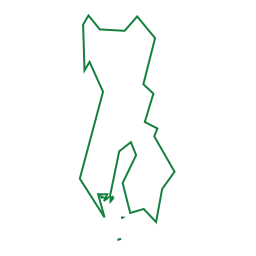 an SVG outline of Leningrad, rotated 271°
{"feature_id": "RUS-2336", "entity_name": "Leningrad", "entity_type": "Region", "adm_level": 1, "iso_a3": "RUS", "parent_name": "Russia", "parent_adm1": "", "projection": "natural_earth1", "projection_center": [31.635, 59.881], "detail": "coarse", "context": "isolated", "style": "outline", "palette": "green", "viewbox_px": 256, "rotation_deg": 271, "n_neighbors": 0, "source": "natural_earth", "source_scale": "10m", "svg_char_len": 731}
<svg xmlns="http://www.w3.org/2000/svg" viewBox="0 0 256 256"><g transform="rotate(271 128 128)"><path d="M38.2,106.1L76.5,80.7L163.8,102.4L193.4,88.4L184.8,83.5L230.5,81.3L239.8,86.5L226.1,98.1L225.1,122.9L239.7,135.2L218.3,153.5L172.0,142.6L162.8,152.8L134.3,144.7L128.0,157.4L120.1,154.4L85.1,175.3L67.6,163.2L34.5,157.7L47.3,145.1L43.1,131.7L72.9,123.6L101.0,136.6L113.9,131.1L104.5,119.6L59.1,111.1L54.7,105.2L61.4,108.5L61.2,99.3L38.2,106.1ZM58.2,112.2L59.3,114.8L57.2,112.2L58.2,112.2ZM59.0,102.4L58.2,104.5L57.9,102.9L59.0,102.4ZM16.5,120.4L17.0,123.1L16.2,120.4L16.5,120.4ZM55.7,111.7L56.2,113.4L54.2,111.8L55.7,111.7ZM38.5,122.7L38.4,124.3L38.0,123.7L38.5,122.7Z" fill="none" stroke="#15803d" stroke-width="2"/></g></svg>